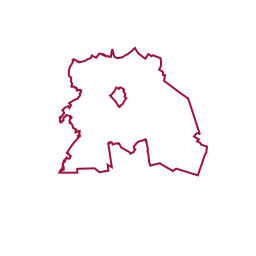 outline of Alojas pag., Alojas, Latvia, rotated 215°
{"feature_id": "27541924B87659249854231", "entity_name": "Alojas pag.", "entity_type": "district", "adm_level": 2, "iso_a3": "LVA", "parent_name": "Latvia", "parent_adm1": "Alojas", "projection": "orthographic", "projection_center": [24.883, 57.791], "detail": "fine", "context": "isolated", "style": "outline", "palette": "rose", "viewbox_px": 256, "rotation_deg": 215, "n_neighbors": 0, "source": "geoboundaries", "source_scale": "gbopen_adm2", "svg_char_len": 5530}
<svg xmlns="http://www.w3.org/2000/svg" viewBox="0 0 256 256"><g transform="rotate(215 128 128)"><path d="M141.5,203.9L143.0,203.5L143.0,203.4L145.0,203.0L146.0,202.7L149.3,201.9L150.0,200.2L150.6,200.3L153.8,200.2L153.5,194.8L156.8,194.7L159.0,194.9L162.1,195.0L166.1,196.5L168.2,197.5L168.9,194.9L168.8,194.4L168.9,193.8L169.2,192.8L169.7,191.5L170.7,188.0L171.5,186.8L173.1,183.0L174.9,180.9L176.2,179.6L176.7,179.3L178.2,178.8L179.6,178.6L179.8,178.5L181.8,179.8L184.5,182.2L185.5,183.2L185.8,182.9L185.6,182.1L183.9,178.6L183.8,178.8L183.2,177.0L183.1,176.7L182.9,176.5L183.9,176.1L184.0,175.8L184.2,175.6L184.5,175.4L184.6,175.5L185.0,175.4L185.6,175.3L186.4,175.0L186.8,174.6L187.2,173.8L187.4,173.7L188.8,174.5L189.1,174.6L189.5,174.3L189.7,173.7L190.1,173.6L190.1,173.4L190.4,173.4L190.5,173.6L191.0,174.1L191.2,173.9L191.3,173.9L192.2,173.2L192.8,173.2L194.2,172.5L194.3,171.1L194.2,169.5L194.5,168.5L194.3,167.4L197.0,166.9L197.3,166.8L199.3,166.7L198.6,163.8L200.7,161.0L200.9,159.7L201.0,159.5L203.2,156.6L205.2,154.2L205.6,153.8L206.2,154.2L206.7,154.1L207.4,153.3L208.6,153.7L212.0,153.2L212.4,151.9L211.3,151.4L210.8,148.3L210.7,146.5L210.7,144.8L210.2,143.6L209.8,142.7L209.8,142.4L209.2,140.7L206.9,137.7L206.3,137.0L204.6,136.6L204.0,136.7L203.9,136.7L203.7,136.7L203.4,136.4L203.2,136.2L201.6,133.9L201.6,133.6L200.8,133.1L199.8,132.5L199.3,132.4L198.8,131.4L198.8,131.0L198.7,130.5L198.5,130.2L198.2,129.9L198.1,129.4L197.8,129.4L197.4,129.8L196.7,130.3L196.5,130.7L196.3,130.9L195.6,131.0L194.7,130.6L194.2,130.9L193.8,131.3L193.4,131.4L193.0,130.7L192.1,130.7L191.8,129.6L191.6,129.4L191.1,129.4L190.4,130.3L190.1,131.0L189.9,131.1L189.5,130.9L189.3,131.1L189.3,131.5L189.2,131.8L188.3,131.9L187.7,131.8L187.6,131.1L187.0,130.3L187.0,129.8L187.3,128.8L187.4,128.5L187.2,128.3L186.4,127.7L186.0,127.0L186.0,126.7L185.9,126.0L186.2,125.5L186.2,125.2L186.3,124.9L186.2,124.6L186.0,124.2L185.9,123.4L187.6,120.9L188.0,120.3L189.7,116.4L190.5,114.7L187.7,114.1L187.5,110.9L188.1,111.5L189.4,111.8L189.8,111.0L190.3,109.9L191.4,108.5L191.9,105.3L191.8,104.8L191.1,105.0L190.9,105.0L190.2,104.3L189.3,103.8L188.7,103.3L189.2,102.2L189.1,101.0L188.8,100.5L189.0,99.8L189.4,99.0L189.1,98.5L190.0,97.4L188.7,96.6L188.5,95.5L187.6,94.7L187.4,94.3L187.0,94.1L186.9,95.0L185.9,94.4L185.6,95.5L185.2,97.3L186.4,98.6L186.5,100.5L185.7,101.7L185.8,102.1L186.2,102.8L185.0,103.6L182.0,104.7L180.3,104.4L180.2,103.7L181.7,103.7L180.6,102.3L180.2,100.4L178.8,98.9L178.6,99.6L177.5,99.3L176.4,98.8L176.1,98.9L175.5,98.7L173.3,96.7L169.4,97.0L169.4,95.6L168.4,94.2L166.5,97.5L166.2,97.7L165.9,97.9L165.7,97.8L165.7,97.5L165.9,96.9L165.9,96.7L165.7,96.4L164.9,96.3L164.6,95.3L164.7,95.0L164.7,94.7L164.0,94.3L163.7,94.3L163.3,94.5L163.2,94.5L163.2,94.2L163.4,93.5L163.7,93.3L164.4,92.7L163.8,92.4L163.6,92.4L163.0,92.6L163.6,91.3L163.5,91.2L163.2,91.1L163.7,86.4L163.9,85.9L164.0,82.0L164.0,81.1L164.0,78.9L164.0,78.5L164.0,75.7L163.4,73.8L163.6,73.6L164.0,73.1L164.0,72.8L163.9,72.5L163.5,72.5L163.4,72.8L162.7,72.4L162.7,72.7L158.7,72.1L159.0,71.4L158.8,71.2L158.7,71.2L158.5,70.7L158.3,70.2L158.5,69.7L158.6,69.1L159.1,68.7L159.8,68.5L160.4,68.7L160.8,68.7L161.4,68.7L161.5,66.8L161.1,66.9L160.6,64.1L161.7,64.2L161.1,62.4L160.8,61.8L160.8,61.7L160.7,61.7L160.6,61.4L160.6,61.1L160.8,60.9L160.7,60.7L159.8,60.2L158.8,59.5L158.8,59.3L159.3,58.5L159.3,58.4L158.8,58.4L158.7,58.6L158.6,58.9L158.4,59.1L158.2,58.9L158.3,58.3L158.2,57.9L158.1,57.7L157.6,57.4L157.3,57.1L157.2,57.1L157.0,57.5L156.9,57.5L156.8,57.4L156.7,57.2L156.8,56.8L157.2,56.5L157.5,56.0L157.8,55.7L158.0,55.7L158.2,56.2L158.3,56.3L158.6,56.3L158.9,55.9L158.9,55.6L158.6,55.2L158.6,54.9L158.4,54.6L158.9,54.5L159.0,54.2L159.0,53.5L158.8,53.2L158.6,52.7L158.6,52.1L143.9,62.3L146.1,65.4L144.4,66.8L143.0,67.8L135.5,73.4L132.2,75.8L126.0,75.4L125.6,75.9L125.5,76.0L119.5,81.8L123.5,86.1L118.8,86.6L130.9,99.4L135.4,104.0L135.2,105.0L134.5,104.5L134.1,106.6L132.8,106.9L131.8,106.0L131.1,105.7L130.1,106.8L129.4,108.3L127.4,109.2L127.3,110.1L126.7,110.3L122.3,108.1L113.4,109.0L112.8,109.0L111.2,108.4L110.6,109.8L110.6,110.0L109.7,110.9L109.8,111.1L109.8,114.7L111.1,114.6L112.6,116.0L112.2,120.6L112.1,121.4L111.7,122.5L110.8,124.1L109.4,125.6L108.0,127.4L107.4,128.6L105.4,127.2L105.4,127.7L104.8,127.1L99.3,121.7L98.8,121.0L98.4,120.1L98.6,119.9L95.8,117.7L94.3,115.9L93.4,114.7L92.3,113.7L91.6,112.5L88.3,110.1L88.2,110.0L88.1,109.9L88.0,110.0L87.5,110.9L81.8,117.3L81.7,117.2L79.4,117.4L67.2,118.5L66.7,118.3L65.1,122.4L43.6,129.3L44.0,130.6L44.7,132.8L46.0,137.3L46.7,140.1L47.3,141.9L49.4,149.3L49.8,151.0L49.9,151.6L49.7,152.8L50.5,154.2L50.9,154.6L52.6,158.1L58.5,156.3L59.2,156.9L59.8,157.2L63.9,156.8L63.4,159.4L69.1,158.8L69.0,162.2L68.3,163.2L67.6,163.9L66.0,164.1L66.0,164.4L92.8,184.6L93.0,184.8L95.7,186.7L95.9,186.8L96.4,186.9L96.6,186.6L105.2,186.7L122.3,187.2L125.6,187.2L127.1,190.8L127.9,192.5L129.3,191.4L130.7,192.3L130.7,193.3L131.2,193.8L132.4,194.0L135.9,193.6L136.6,197.6L138.5,200.6L140.5,202.9L141.5,203.9ZM153.2,142.5L154.9,142.9L155.1,143.0L159.2,143.9L159.3,143.9L161.2,144.3L160.9,145.0L160.5,146.0L160.5,146.7L160.5,147.0L160.4,149.4L160.1,149.6L160.6,153.0L160.9,154.4L159.8,154.7L157.8,154.7L158.0,155.8L157.8,156.8L155.5,157.3L155.2,157.3L155.1,157.2L154.5,157.3L153.0,157.0L153.0,156.1L153.0,155.9L152.7,155.9L152.3,155.1L149.6,154.4L148.8,151.6L146.5,151.6L146.6,149.2L146.6,148.7L146.1,144.6L147.4,141.1L146.9,141.0L146.9,140.3L147.7,140.2L151.6,141.8L153.2,142.5Z" fill="none" stroke="#9f1239" stroke-width="2"/></g></svg>